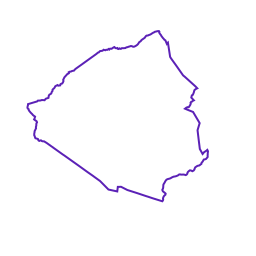 the district of Uauá, Bahia, Brazil, rotated 235°
{"feature_id": "56859067B85739573992088", "entity_name": "Uauá", "entity_type": "district", "adm_level": 2, "iso_a3": "BRA", "parent_name": "Brazil", "parent_adm1": "Bahia", "projection": "albers", "projection_center": [-39.437, -9.895], "detail": "fine", "context": "isolated", "style": "outline", "palette": "violet", "viewbox_px": 256, "rotation_deg": 235, "n_neighbors": 0, "source": "geoboundaries", "source_scale": "gbopen_adm2", "svg_char_len": 3847}
<svg xmlns="http://www.w3.org/2000/svg" viewBox="0 0 256 256"><g transform="rotate(235 128 128)"><path d="M64.6,180.4L64.4,179.2L64.5,178.2L64.5,177.0L64.5,176.0L64.1,175.1L63.9,174.2L69.6,174.8L73.0,176.6L76.6,178.5L86.3,183.7L90.9,189.5L103.8,190.5L109.0,187.1L111.1,185.8L111.2,187.5L110.9,188.8L110.3,189.4L110.3,190.2L110.8,191.2L111.2,192.2L112.0,193.4L112.8,193.7L113.2,194.9L112.9,195.7L113.1,196.9L112.9,197.8L116.6,197.3L117.5,198.3L118.1,199.0L118.0,200.1L118.7,201.3L119.7,202.7L120.3,203.3L121.0,204.4L121.0,205.6L121.0,206.4L120.8,207.5L122.9,207.2L123.9,207.0L137.4,203.9L139.5,203.3L150.2,203.3L158.4,203.2L160.6,203.2L162.1,203.3L175.1,209.7L175.0,208.9L174.7,208.1L178.4,208.9L179.5,208.4L180.6,208.4L181.8,208.2L182.9,208.2L184.0,208.1L185.0,208.3L186.3,208.2L187.5,208.2L188.3,208.3L188.8,208.9L189.7,208.9L190.1,208.2L190.5,207.5L190.9,206.4L191.4,205.2L191.4,204.2L191.6,203.4L191.7,202.0L191.7,200.6L191.9,199.3L192.2,198.4L192.4,197.2L193.0,196.3L193.0,195.3L192.6,194.2L192.3,193.4L192.3,192.4L192.3,190.8L192.3,189.5L191.9,188.5L191.8,187.6L191.9,186.5L191.4,185.3L191.0,184.3L190.8,183.2L190.8,181.9L190.9,180.7L191.1,179.7L191.6,178.8L192.8,178.1L193.5,177.4L193.8,176.3L194.2,175.2L194.5,174.0L195.0,172.9L195.0,171.7L195.7,170.5L196.3,169.6L196.9,168.8L196.9,167.5L198.1,166.7L198.0,165.7L198.6,165.1L199.6,165.2L199.9,164.3L200.7,163.5L202.1,163.3L202.3,162.5L202.3,161.3L202.3,160.0L202.8,159.5L203.3,158.6L203.0,157.7L203.9,157.4L203.8,156.1L204.6,155.0L204.7,154.0L205.3,153.5L206.1,152.9L205.9,151.5L206.5,150.2L207.0,149.3L206.9,148.3L206.7,147.4L207.0,146.6L206.8,144.6L206.5,118.8L206.3,117.8L206.0,116.6L206.4,115.8L206.8,114.8L207.0,113.5L207.6,112.4L207.7,111.4L206.8,111.0L206.8,110.2L207.0,109.2L206.7,108.1L206.5,107.2L206.3,106.3L206.0,105.0L205.5,104.1L205.1,103.4L204.6,102.5L203.5,102.1L202.8,101.1L202.2,99.7L202.5,98.8L202.6,97.9L201.8,96.9L202.3,95.9L202.7,95.1L203.6,94.9L203.8,93.6L203.9,92.3L203.3,91.3L202.9,90.2L202.9,89.3L202.6,88.1L201.7,87.5L201.4,86.6L201.1,85.9L200.5,85.3L200.2,84.4L200.4,82.7L199.8,81.5L199.0,80.8L198.3,80.1L198.7,78.9L199.1,77.5L198.9,76.5L198.6,75.6L199.3,74.8L199.9,74.0L200.4,73.3L200.7,72.2L201.4,70.9L202.1,69.9L201.9,68.8L204.9,59.8L204.0,59.1L203.5,58.4L202.9,57.8L202.2,57.2L201.3,57.1L200.4,57.4L199.7,57.0L198.5,56.9L197.4,57.0L196.3,57.1L195.2,57.3L194.3,57.5L193.3,57.5L192.3,57.8L191.4,58.1L190.6,58.4L189.8,57.4L189.3,56.8L188.9,56.0L187.9,56.3L186.6,56.8L185.8,57.0L184.8,56.7L184.3,55.6L183.2,54.7L182.5,54.2L181.9,53.4L181.2,52.8L180.5,52.5L180.1,51.7L179.5,50.7L179.0,49.7L178.1,49.0L177.3,48.1L176.5,47.5L175.8,47.0L174.9,46.9L173.7,46.5L172.7,46.3L171.6,47.2L170.7,47.9L169.7,47.6L168.9,47.6L168.2,48.1L168.2,49.0L167.7,49.7L166.8,49.9L165.9,50.6L165.2,51.6L162.4,52.8L143.7,59.4L142.2,60.0L124.8,66.2L115.3,69.5L109.0,71.8L106.9,72.5L100.6,74.7L88.8,76.7L82.2,82.8L85.6,85.9L83.8,88.6L77.6,91.9L69.6,98.0L61.5,104.0L60.5,104.8L56.3,107.9L48.3,114.1L48.6,115.0L49.1,115.7L50.3,116.3L51.0,117.2L51.6,118.4L51.8,119.4L51.9,120.4L52.7,121.2L54.0,120.9L55.0,120.6L56.0,120.3L57.1,120.4L57.9,120.9L58.2,121.8L58.8,122.4L59.4,123.0L60.1,123.5L61.3,124.5L61.9,125.7L62.3,126.8L62.8,127.6L63.3,128.8L63.6,130.0L63.3,131.5L63.0,132.2L62.6,133.3L62.4,134.3L62.4,135.2L62.2,136.4L62.0,137.4L61.6,138.2L61.2,139.1L60.9,139.9L60.7,140.8L60.5,142.0L60.6,143.2L60.2,144.0L59.4,144.7L58.8,145.6L58.1,146.7L57.2,147.6L56.3,148.3L56.2,149.2L56.5,150.3L57.4,151.3L57.7,152.3L57.8,153.4L57.8,154.5L56.8,155.4L55.7,155.9L55.5,157.3L55.9,158.6L56.6,159.4L57.2,160.5L57.2,161.4L57.2,162.6L57.0,163.6L56.4,165.0L56.5,166.4L56.5,167.5L57.3,168.3L57.5,169.1L57.7,170.0L58.2,170.9L58.7,172.0L58.2,173.0L57.9,174.1L58.5,176.5L59.3,177.2L60.1,177.6L60.8,178.3L61.6,178.8L62.3,179.5L62.8,180.0L63.6,180.3L64.6,180.4Z" fill="none" stroke="#5b21b6" stroke-width="2"/></g></svg>